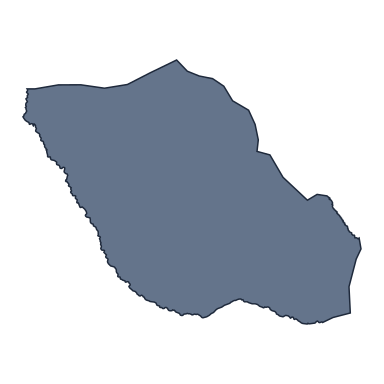 Delgerxaan, Hentiy, Mongolia
{"feature_id": "93677404B99522763757972", "entity_name": "Delgerxaan", "entity_type": "district", "adm_level": 2, "iso_a3": "MNG", "parent_name": "Mongolia", "parent_adm1": "Hentiy", "projection": "robinson", "projection_center": [108.94, 47.292], "detail": "fine", "context": "isolated", "style": "filled", "palette": "slate", "viewbox_px": 384, "rotation_deg": 0, "n_neighbors": 0, "source": "geoboundaries", "source_scale": "gbopen_adm2", "svg_char_len": 5912}
<svg xmlns="http://www.w3.org/2000/svg" viewBox="0 0 384 384"><path d="M67.7,175.4L67.4,176.1L66.6,179.6L65.9,179.9L65.6,181.0L66.1,181.6L67.0,181.6L67.2,182.1L68.7,183.8L68.9,184.8L68.5,185.7L68.6,186.0L69.9,186.7L71.2,187.8L70.8,188.6L70.8,189.2L71.5,190.8L71.5,191.1L70.7,191.8L70.7,192.3L71.0,192.9L72.2,193.9L72.6,195.4L73.0,195.7L74.9,195.7L75.6,196.0L75.7,196.3L75.4,197.3L75.5,198.5L77.1,199.6L77.2,199.9L76.8,202.3L76.9,202.6L77.4,203.0L78.1,202.8L78.6,203.5L79.9,207.1L80.7,207.5L82.1,207.0L82.4,207.1L84.6,209.0L85.4,210.1L86.3,211.6L86.7,213.2L86.6,213.8L85.6,214.8L85.4,215.2L85.5,215.8L85.7,216.2L86.6,217.0L89.9,217.8L90.3,219.2L90.3,221.3L90.5,222.4L90.8,222.9L91.6,223.6L93.2,224.2L93.5,225.9L95.4,226.9L95.9,227.3L96.6,229.5L98.0,231.2L98.2,231.8L98.2,233.4L98.3,234.5L97.9,235.7L98.3,236.0L99.7,236.5L100.1,236.8L100.3,237.4L99.5,238.7L100.2,240.3L100.2,241.5L100.8,242.3L100.9,242.8L100.6,244.5L101.4,246.0L101.3,247.1L100.9,248.1L100.8,248.7L101.5,249.8L102.1,250.2L103.8,250.2L104.2,250.4L104.5,250.7L104.4,251.2L103.9,252.3L104.0,252.5L106.4,254.9L105.8,256.4L105.7,256.9L106.1,257.6L107.4,258.5L107.8,258.8L108.0,259.3L107.5,261.4L107.6,262.2L108.4,263.7L110.6,265.9L113.5,266.7L114.5,267.1L115.1,267.7L115.2,268.2L116.1,269.2L116.3,269.9L116.3,271.4L116.7,272.7L117.7,273.6L118.1,274.9L117.7,276.1L117.8,276.5L118.2,276.8L118.8,277.0L119.9,277.0L120.2,277.5L120.3,278.7L120.6,279.1L121.6,279.4L122.8,280.2L124.9,280.8L125.2,281.8L125.5,282.1L126.0,282.1L127.2,281.7L128.0,281.7L128.6,282.0L129.3,283.4L130.0,284.0L130.2,284.5L130.0,285.3L128.9,286.3L129.1,286.9L129.7,287.9L131.8,289.7L132.9,290.8L134.7,291.3L135.4,291.6L136.6,292.9L137.2,294.2L138.1,294.7L139.2,295.8L140.1,296.0L141.4,295.2L141.9,295.3L142.8,296.0L143.3,296.9L144.2,297.2L144.9,298.8L146.2,300.0L149.2,300.9L150.0,301.5L154.4,302.1L156.0,303.0L156.9,305.1L157.4,305.4L159.5,306.0L159.7,307.1L159.9,307.3L160.3,307.5L161.5,307.5L161.9,307.7L162.6,308.4L163.1,308.6L164.2,308.4L164.8,307.7L165.4,307.5L166.3,307.5L167.5,308.4L168.1,309.6L168.6,310.2L169.2,310.6L170.2,310.8L171.9,310.7L172.6,309.9L173.8,310.3L174.5,310.3L174.9,310.7L175.2,311.4L175.9,312.0L179.2,313.3L179.9,314.1L180.4,315.1L181.6,315.5L182.7,315.4L184.0,314.1L186.0,313.9L187.2,313.4L188.6,313.8L189.6,313.7L191.6,314.5L192.0,314.9L193.1,314.7L194.1,314.2L194.7,314.1L196.2,314.5L197.0,314.2L197.7,314.2L200.5,315.9L201.8,317.4L202.9,317.8L206.7,316.8L209.3,315.3L211.2,313.6L213.5,312.5L216.2,309.6L217.7,308.6L221.8,307.1L224.4,305.3L229.3,303.5L230.2,303.0L230.7,302.3L231.5,302.0L233.5,300.8L234.2,300.5L235.7,300.4L237.4,299.6L238.9,299.1L240.9,299.0L241.7,299.9L242.9,299.7L243.6,301.1L244.4,301.8L247.3,301.8L248.6,302.6L251.2,303.5L252.2,303.8L255.2,303.8L257.5,304.5L259.7,306.3L262.0,307.1L263.4,307.8L264.0,307.7L264.7,307.0L266.0,307.3L267.7,306.9L268.7,307.2L269.6,307.8L270.3,309.5L272.1,310.7L274.7,311.4L275.6,312.1L276.1,312.8L276.5,314.0L278.1,314.7L278.6,315.0L278.9,315.5L279.9,316.1L283.0,316.8L285.4,315.5L286.0,315.4L288.3,315.9L289.6,317.0L290.4,318.1L290.8,318.0L291.7,317.2L292.8,317.1L293.4,317.6L293.8,318.9L294.2,319.3L294.7,319.4L295.3,319.0L296.1,319.0L297.5,319.9L298.2,320.8L299.5,321.5L301.5,323.0L302.9,323.5L307.0,324.0L307.6,323.9L307.7,323.5L307.9,323.3L309.0,323.8L309.6,323.8L314.8,323.1L315.5,322.7L316.3,321.6L317.4,321.1L318.1,321.5L318.5,322.1L319.2,322.6L320.1,322.5L321.7,321.9L322.1,322.0L322.6,322.5L333.0,317.5L350.3,313.0L349.0,286.7L356.2,259.1L361.0,248.9L359.1,238.0L358.8,238.2L358.7,238.8L358.1,238.9L357.2,238.1L356.1,237.7L355.0,237.9L354.6,236.6L354.7,236.0L354.3,235.2L352.7,235.1L351.7,234.0L351.7,233.0L351.5,232.8L349.4,231.8L349.0,230.9L348.2,230.0L348.1,229.7L348.2,229.0L347.7,228.5L347.6,228.2L347.7,227.1L347.4,226.7L347.2,226.1L346.4,225.9L345.6,225.2L345.1,225.0L345.1,224.4L344.7,224.3L344.5,223.7L344.7,223.2L344.2,223.0L344.0,222.4L343.3,222.1L343.1,221.9L343.3,221.3L342.8,220.9L343.1,220.6L343.0,220.3L342.2,219.8L341.8,218.9L341.5,218.7L341.5,218.2L340.9,217.8L340.6,217.0L340.0,216.7L339.7,215.8L339.1,215.1L338.1,214.5L337.9,213.9L337.1,213.5L337.3,213.0L336.8,212.5L336.9,211.7L336.0,211.3L335.7,210.6L334.1,209.5L334.0,208.9L333.4,208.4L332.8,207.6L332.5,206.7L332.4,206.0L332.8,205.2L332.6,204.9L332.6,204.6L332.0,204.2L332.5,203.6L332.5,202.6L331.6,200.9L330.7,199.8L329.4,199.4L329.3,199.0L329.8,198.4L329.1,198.1L329.0,197.9L329.3,197.7L328.0,196.8L327.0,195.9L317.1,194.4L307.4,200.2L283.0,177.3L269.9,154.9L257.0,151.4L258.3,139.9L255.1,124.4L248.6,110.2L232.6,100.8L223.8,86.2L212.7,78.7L199.2,76.0L187.3,71.2L176.6,60.0L150.2,72.8L127.4,84.5L104.5,88.2L80.8,84.8L58.3,84.9L34.9,88.9L27.1,88.9L27.4,89.4L27.6,90.4L27.4,91.0L26.6,92.0L26.6,92.4L27.3,93.1L27.9,93.5L28.2,94.2L27.2,95.8L27.5,97.5L26.0,98.7L26.1,99.3L27.2,101.2L27.4,101.7L26.1,103.1L25.9,103.7L25.7,105.1L26.3,106.4L25.4,107.6L26.0,108.2L26.1,109.4L26.6,110.8L26.6,111.4L26.0,112.3L25.5,113.4L24.2,114.3L23.8,116.0L23.0,116.7L23.3,117.5L25.2,120.2L26.8,121.4L28.8,122.4L29.0,122.8L29.3,124.1L29.5,124.3L29.9,124.3L31.1,123.7L32.0,123.7L32.6,123.9L32.9,124.4L33.1,125.6L33.5,125.9L33.7,125.4L33.5,124.5L33.9,124.0L34.3,124.0L35.2,125.0L35.5,125.5L35.5,126.9L36.4,128.6L35.7,130.3L35.7,131.1L36.1,131.6L38.1,133.0L39.2,133.5L39.3,133.9L39.9,134.9L39.6,135.6L39.8,136.2L40.3,137.1L41.1,138.0L41.1,138.5L40.8,139.9L40.8,140.3L41.5,140.9L42.5,141.1L43.1,141.4L43.5,142.2L43.7,143.8L44.0,144.3L44.6,144.8L44.6,146.7L45.3,147.8L46.0,148.3L46.2,150.1L46.4,150.2L46.8,150.0L46.7,151.0L46.9,152.6L47.6,155.0L47.6,156.5L47.8,156.8L48.3,157.0L50.1,156.9L50.4,157.2L50.4,158.1L50.8,159.2L51.3,159.8L54.4,160.5L56.4,161.9L56.7,162.2L56.5,163.4L56.7,164.4L57.3,164.8L58.8,165.2L59.4,165.8L59.8,166.6L60.0,167.9L60.5,168.3L61.1,168.5L61.8,168.4L63.1,167.3L64.3,167.5L64.8,168.0L64.7,169.0L64.1,171.4L64.3,172.2L65.5,173.4L66.3,173.8L67.3,174.1L67.7,175.4Z" fill="#64748b" stroke="#1e293b" stroke-width="1.5"/></svg>